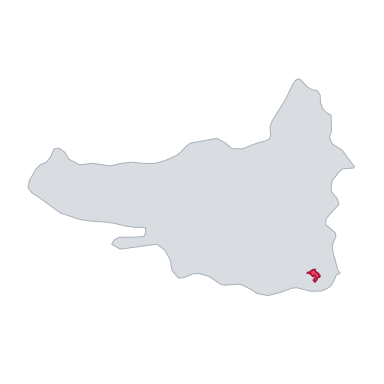 Castañuela, Monte Cristi, Dominican Republic shown in context, rotated 177°
{"feature_id": "3306468B38935954737927", "entity_name": "Castañuela", "entity_type": "district", "adm_level": 2, "iso_a3": "DOM", "parent_name": "Dominican Republic", "parent_adm1": "Monte Cristi", "projection": "albers", "projection_center": [-71.49, 19.73], "detail": "fine", "context": "in_parent", "style": "filled", "palette": "rose", "viewbox_px": 384, "rotation_deg": 177, "n_neighbors": 0, "source": "geoboundaries", "source_scale": "gbopen_adm2", "svg_char_len": 3395}
<svg xmlns="http://www.w3.org/2000/svg" viewBox="0 0 384 384"><g transform="rotate(177 192 192)"><path d="M49.1,261.4L49.5,245.8L51.9,239.5L49.7,232.9L39.8,225.8L33.8,216.7L28.4,208.7L29.6,207.5L40.4,207.2L44.2,204.2L51.4,196.0L52.9,189.4L52.3,184.3L47.6,178.3L45.8,172.0L51.6,166.5L59.2,158.5L60.2,155.4L60.0,152.4L51.2,143.9L50.6,140.2L54.8,131.0L54.4,124.9L50.3,105.9L48.4,103.1L52.3,101.5L54.9,95.9L58.3,90.8L62.9,88.1L68.0,86.4L78.3,86.6L92.5,90.9L96.6,90.9L110.2,86.8L121.5,84.6L132.2,87.1L136.5,90.5L145.4,95.9L149.8,97.5L163.7,97.3L167.5,97.8L179.2,106.7L189.1,110.2L194.8,110.4L205.1,106.8L210.1,106.9L216.0,114.6L217.3,125.5L222.3,135.5L229.8,141.8L266.6,138.7L274.9,143.9L272.2,148.3L267.0,150.6L249.4,149.8L241.8,150.4L240.3,154.8L240.3,158.8L250.6,159.7L260.7,161.6L270.9,164.7L281.4,166.7L293.2,168.0L304.8,170.2L324.2,177.7L345.9,195.3L351.7,199.3L355.6,204.8L353.9,211.8L346.5,223.3L342.2,227.0L335.9,229.3L331.7,234.0L327.6,242.0L325.1,242.7L322.1,242.5L316.8,238.1L313.1,231.2L302.6,224.9L290.4,225.9L272.2,222.3L261.3,224.3L250.3,224.9L239.1,223.1L227.8,222.5L216.6,225.0L205.7,229.3L201.7,232.0L194.8,238.5L191.1,240.9L164.5,244.3L156.8,239.6L149.7,233.2L139.5,232.4L124.7,237.4L115.4,239.3L111.7,241.4L110.6,243.9L110.6,252.9L108.5,258.4L94.0,279.2L85.9,293.9L82.5,298.4L78.6,299.4L71.5,291.0L66.9,287.9L61.3,286.4L58.9,281.9L59.0,275.6L57.6,269.4L54.1,264.5L49.1,261.4Z" fill="#d9dde1" stroke="#a8b0b8" stroke-width="1"/><path d="M74.3,95.8L73.8,95.9L73.7,95.9L73.6,96.0L73.4,96.1L73.2,96.3L73.0,96.6L72.8,96.8L72.7,97.0L72.5,97.3L72.4,97.4L72.0,97.8L71.9,98.0L71.7,98.4L71.6,98.5L71.6,99.1L71.5,99.3L71.4,99.5L71.1,99.8L70.8,100.0L70.7,100.1L70.4,100.2L70.3,100.3L70.2,100.2L69.9,100.2L69.7,100.2L69.4,100.3L69.2,100.4L69.0,100.5L68.9,100.8L68.7,101.0L68.5,101.3L68.5,101.5L68.8,101.8L69.0,101.8L69.3,101.7L69.5,101.7L69.6,101.8L69.7,102.0L69.5,102.3L69.5,102.6L69.5,102.9L69.5,103.0L69.5,103.3L69.8,103.7L69.9,103.8L70.0,104.1L70.2,104.3L70.3,104.3L70.5,104.3L70.5,104.2L70.8,103.9L70.9,104.0L71.0,104.0L71.3,104.3L71.4,104.5L71.5,104.6L71.4,104.9L71.4,105.0L71.5,105.3L72.1,105.6L72.4,105.7L72.5,105.8L72.8,106.1L72.8,106.3L72.9,106.7L73.0,106.8L73.1,107.1L73.2,107.4L73.2,107.7L73.1,108.0L73.6,107.9L73.8,107.9L74.0,107.9L74.2,108.0L74.3,108.2L74.3,108.3L74.5,108.3L74.8,108.2L75.1,108.1L75.6,107.9L75.8,107.8L75.9,107.7L76.2,107.6L76.4,107.4L76.9,107.1L77.1,107.0L77.4,106.9L77.8,106.8L77.9,106.7L78.0,106.7L78.1,106.4L78.2,106.1L78.2,105.9L78.3,105.8L78.5,105.7L79.5,105.7L79.9,105.7L80.2,105.7L80.3,105.7L80.5,105.7L80.8,105.5L80.8,105.3L80.9,105.1L80.6,105.2L80.4,105.2L80.2,105.2L79.8,105.2L79.7,105.1L79.4,105.0L79.3,104.9L79.2,104.6L78.9,104.5L78.7,104.6L78.4,104.5L78.4,104.2L78.3,103.9L78.2,103.9L78.1,104.0L77.9,104.1L77.7,104.1L77.4,104.0L77.4,103.9L77.5,103.7L77.4,103.2L77.1,102.8L76.7,102.4L76.5,102.2L76.4,102.1L76.2,102.0L76.1,101.9L76.0,101.6L75.9,101.5L75.7,101.3L75.5,101.2L75.4,101.2L75.4,101.3L75.3,101.5L75.2,101.8L75.2,102.0L74.9,102.4L74.8,102.5L74.7,102.5L74.3,102.5L74.2,102.5L74.1,102.4L73.9,102.3L73.6,102.2L73.3,102.0L73.2,101.9L73.2,101.7L73.2,101.4L73.2,101.2L73.3,101.0L73.4,100.8L73.4,100.6L73.4,100.2L73.5,99.9L73.6,99.7L74.0,99.3L74.1,99.1L74.3,98.8L74.4,98.7L74.6,98.5L74.7,98.4L74.8,98.3L75.0,98.2L75.3,97.9L75.4,97.6L75.4,97.4L75.2,97.2L74.7,96.7L74.6,96.4L74.3,95.8Z" fill="#f43f5e" stroke="#9f1239" stroke-width="1.5"/></g></svg>